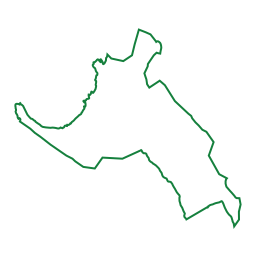 La Toc, Castries, Saint Lucia
{"feature_id": "8701671B20822148324962", "entity_name": "La Toc", "entity_type": "district", "adm_level": 2, "iso_a3": "LCA", "parent_name": "Saint Lucia", "parent_adm1": "Castries", "projection": "equal_earth", "projection_center": [-61.007, 14.009], "detail": "fine", "context": "isolated", "style": "outline", "palette": "green", "viewbox_px": 256, "rotation_deg": 0, "n_neighbors": 0, "source": "geoboundaries", "source_scale": "gbopen_adm2", "svg_char_len": 5600}
<svg xmlns="http://www.w3.org/2000/svg" viewBox="0 0 256 256"><path d="M188.5,113.8L174.9,101.1L164.9,85.2L159.7,80.7L149.3,87.6L147.1,84.2L146.4,79.4L145.4,76.5L144.4,73.3L147.7,66.4L147.9,64.0L153.8,55.3L156.6,52.7L158.1,53.2L159.7,53.5L160.2,53.6L160.6,51.0L161.2,48.4L161.3,47.7L161.2,46.9L161.2,46.4L161.0,45.2L160.7,44.1L160.3,43.2L160.1,42.9L159.3,42.1L158.7,41.7L158.0,41.3L157.0,41.3L156.7,41.5L156.2,41.9L155.8,41.2L150.5,34.4L145.8,32.3L138.9,29.6L134.7,44.2L132.0,55.3L123.3,61.1L111.3,58.5L107.4,54.5L107.2,56.1L107.0,56.7L106.6,57.5L106.1,58.0L106.0,59.3L106.0,60.1L105.6,61.2L105.0,62.3L104.9,62.6L104.3,63.5L103.9,63.8L103.4,64.1L103.1,64.0L102.9,63.6L102.8,63.1L102.7,62.4L102.6,62.1L101.9,60.8L101.2,59.8L100.8,59.3L100.6,59.3L100.4,59.5L100.2,59.7L100.2,60.0L100.4,60.4L100.9,61.0L101.1,61.3L101.0,61.8L100.8,62.1L100.6,62.1L100.2,61.8L99.4,60.9L98.8,60.2L98.4,59.6L97.7,59.4L97.2,59.7L97.0,59.8L96.5,60.6L96.0,61.0L95.5,61.5L95.0,62.0L94.5,62.1L93.8,62.2L93.5,62.4L93.5,62.7L93.8,63.2L93.7,63.9L93.1,64.3L92.8,64.8L92.8,65.0L92.8,65.6L93.4,66.8L94.1,67.6L94.3,67.7L95.0,68.2L95.3,68.9L95.5,69.6L95.8,70.7L96.2,71.6L97.2,72.8L97.4,73.2L97.4,74.2L97.2,75.0L96.4,75.4L96.1,76.6L96.0,77.2L95.8,78.4L95.6,79.0L95.2,79.6L95.2,80.2L95.5,80.6L95.9,80.8L96.1,81.0L96.2,81.9L96.0,83.2L95.8,84.2L95.7,84.8L95.8,85.3L96.1,85.7L96.1,86.4L95.9,87.4L95.5,89.1L94.8,90.3L94.6,90.8L94.3,91.2L93.6,92.3L93.2,92.8L92.8,92.8L91.9,92.1L91.9,91.8L91.7,91.7L91.4,91.7L91.2,92.0L91.1,92.5L91.0,93.2L90.7,94.1L90.2,94.7L89.8,95.0L89.3,95.1L89.1,94.8L88.8,94.5L88.7,94.5L88.6,95.1L88.7,96.0L88.9,96.6L89.1,97.4L89.1,98.3L88.7,98.7L88.1,98.8L87.8,98.8L86.9,99.0L86.3,99.5L85.9,100.4L85.5,100.6L85.0,100.7L84.6,100.6L84.1,100.7L83.8,100.8L83.6,100.8L83.4,101.1L83.5,101.3L83.7,101.6L83.8,101.8L84.3,102.4L84.5,102.5L84.7,102.3L85.1,102.2L85.3,102.6L85.5,103.5L85.6,105.1L85.4,106.2L85.1,106.6L84.7,106.7L84.3,106.4L84.0,106.5L84.0,106.8L84.1,107.1L84.5,107.7L84.4,108.2L84.2,108.9L84.0,109.1L83.7,109.5L83.3,110.0L82.9,110.6L82.4,111.7L82.1,112.2L81.9,112.5L81.6,112.6L81.2,113.8L80.9,114.1L80.6,114.4L80.3,114.6L79.9,114.7L79.8,114.8L79.5,114.9L79.1,115.2L78.6,115.8L77.8,116.5L77.3,117.0L76.7,117.5L76.1,118.0L74.9,119.2L74.2,120.1L73.6,120.7L73.4,120.8L73.1,121.1L72.9,121.3L72.3,121.7L72.1,121.8L71.6,122.3L71.3,122.8L71.0,123.4L70.7,123.6L70.3,123.4L70.1,123.6L70.0,123.9L69.8,124.2L68.9,124.8L68.3,125.0L68.0,125.1L67.8,125.0L67.6,124.8L67.2,124.8L67.1,125.7L67.0,126.0L66.6,126.0L65.8,125.6L65.4,125.6L64.8,125.8L64.5,126.3L64.0,127.3L63.6,127.5L63.2,127.6L62.8,128.0L62.6,128.2L61.5,127.9L60.6,127.5L60.3,127.7L60.0,128.0L59.5,128.2L59.3,128.3L59.0,128.4L58.6,128.5L57.4,128.4L55.9,128.0L55.2,127.9L53.9,127.7L52.4,127.6L51.6,127.7L50.6,127.8L48.9,127.7L48.0,127.6L45.7,127.4L45.2,127.3L43.4,127.0L43.1,127.0L42.6,126.8L42.4,126.7L41.8,126.4L41.2,126.0L41.0,125.8L40.0,124.8L39.9,124.7L38.5,123.8L38.3,123.7L36.7,122.6L35.6,121.8L35.5,121.7L35.2,121.1L34.9,120.8L34.3,120.6L33.7,120.1L33.0,119.5L32.4,119.0L32.1,118.9L30.9,118.6L29.8,117.5L29.0,116.6L27.9,115.3L27.4,114.7L24.7,109.2L23.9,107.6L23.6,107.0L23.2,106.1L22.5,105.4L22.2,105.1L21.9,104.9L21.4,104.6L21.2,104.5L20.8,104.2L20.6,103.9L20.5,103.7L20.4,103.3L20.2,103.1L19.8,103.5L20.0,104.0L20.0,104.4L19.7,104.6L19.2,104.4L19.1,104.2L18.8,104.0L18.5,104.0L17.5,103.9L16.9,103.8L16.4,103.9L16.2,104.0L15.9,104.1L15.6,104.4L15.4,105.0L15.4,105.7L15.4,106.3L15.5,106.7L15.6,107.2L15.6,107.6L15.6,108.0L15.7,108.5L15.8,108.8L16.0,109.3L16.0,109.7L16.0,110.2L16.0,110.5L15.9,110.7L15.8,111.0L15.7,111.2L15.6,111.5L15.9,112.6L16.1,113.3L16.3,113.7L16.8,114.2L17.2,115.1L17.3,115.3L17.4,115.5L17.5,115.8L17.6,116.5L17.6,116.8L17.6,117.1L17.8,117.6L18.0,118.2L18.2,118.5L18.5,118.8L18.6,118.7L18.8,118.6L18.9,118.2L19.0,118.1L19.4,118.1L19.6,118.3L20.0,118.6L20.1,118.8L20.3,119.1L20.4,119.5L20.3,120.0L20.2,120.5L20.2,120.8L20.1,121.0L19.9,121.5L30.3,128.7L34.9,132.9L40.7,137.0L50.6,144.7L66.4,155.6L72.5,158.7L75.2,161.3L83.3,166.9L94.8,168.5L102.5,157.6L122.4,158.7L138.7,151.3L139.0,151.1L139.7,150.9L140.4,150.5L141.1,150.1L141.7,150.6L142.0,151.5L142.8,152.6L143.9,153.3L144.7,153.2L145.7,153.4L146.4,154.1L146.8,155.3L147.0,155.8L147.2,156.0L147.5,156.6L148.2,157.4L148.7,158.2L148.9,159.2L149.2,160.2L150.0,161.2L151.2,162.1L152.3,162.7L152.9,163.5L154.1,164.2L155.9,165.4L157.3,166.8L158.5,168.0L159.4,169.2L159.8,170.3L160.2,171.0L161.5,172.7L162.0,174.2L162.4,175.6L163.3,176.9L164.5,177.7L165.7,178.2L166.6,178.6L167.1,179.8L167.8,181.2L168.4,181.6L169.8,181.7L170.9,182.1L171.5,182.9L172.2,183.8L172.9,185.4L173.8,187.0L175.0,188.9L176.0,190.8L176.9,192.4L178.3,194.1L179.4,195.3L179.7,196.4L179.7,197.0L179.4,197.8L179.5,201.0L180.2,203.3L180.6,205.2L182.2,207.7L183.6,211.3L184.8,213.5L184.2,215.9L184.6,217.2L186.1,218.7L186.4,219.4L208.1,206.7L208.6,205.7L208.6,206.3L209.0,205.8L210.1,205.1L211.3,204.7L212.7,204.4L214.0,203.8L215.0,203.4L216.3,203.0L217.7,202.7L219.4,202.3L220.7,201.6L221.2,201.3L221.5,201.2L222.0,201.4L222.7,202.4L223.4,203.9L224.1,205.8L224.8,207.6L225.9,209.8L226.8,211.6L227.7,212.9L228.6,214.1L229.1,214.7L229.7,215.3L230.4,215.8L230.9,216.4L231.4,217.1L231.8,218.3L232.1,219.4L232.4,220.3L232.6,221.4L233.2,222.6L233.8,223.5L233.9,224.9L234.1,225.8L234.2,226.4L239.0,219.6L238.9,211.7L240.6,204.5L239.4,198.2L236.6,198.1L235.5,197.4L234.3,195.7L231.6,192.6L230.1,191.0L226.4,186.7L225.6,183.7L225.6,181.1L226.1,179.3L226.9,178.3L219.2,174.2L208.8,155.6L213.6,142.1L206.4,131.8L202.3,129.7L198.7,125.5L195.4,122.3L192.2,118.3L191.2,115.9L188.5,113.8Z" fill="none" stroke="#15803d" stroke-width="2"/></svg>